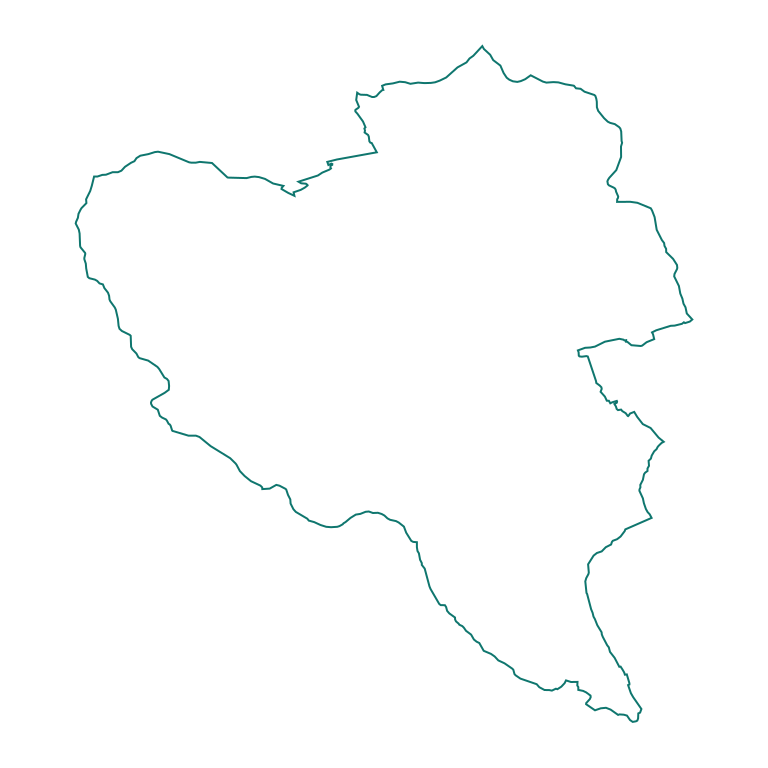 Valcanesti, Prahova, Romania
{"feature_id": "2599482B34913697582269", "entity_name": "Valcanesti", "entity_type": "district", "adm_level": 2, "iso_a3": "ROU", "parent_name": "Romania", "parent_adm1": "Prahova", "projection": "equal_earth", "projection_center": [25.94, 45.128], "detail": "fine", "context": "isolated", "style": "outline", "palette": "teal", "viewbox_px": 768, "rotation_deg": 0, "n_neighbors": 0, "source": "geoboundaries", "source_scale": "gbopen_adm2", "svg_char_len": 6048}
<svg xmlns="http://www.w3.org/2000/svg" viewBox="0 0 768 768"><path d="M640.1,712.6L641.4,709.0L633.2,697.2L630.9,693.2L628.1,685.1L629.4,684.5L629.4,683.2L626.8,674.4L624.9,674.7L624.2,672.5L622.6,669.7L620.6,666.6L619.3,666.8L614.6,657.8L610.0,651.9L608.8,647.3L607.2,645.3L602.8,636.9L601.8,634.4L601.6,632.3L597.3,625.2L594.9,619.1L593.5,616.6L592.6,612.8L591.1,609.2L587.1,593.9L586.5,593.0L585.3,581.4L586.2,578.2L588.4,574.1L588.8,572.6L588.1,564.3L593.6,555.6L596.9,553.0L601.7,551.4L605.8,547.2L611.1,544.5L611.9,542.0L612.8,540.8L617.1,539.2L620.6,536.5L624.7,531.1L625.3,529.4L651.6,517.9L649.7,514.3L647.7,512.2L645.9,509.0L643.9,503.2L642.9,498.4L639.4,490.8L639.5,489.4L640.4,487.4L640.3,484.9L642.9,479.8L644.0,474.3L645.1,472.7L647.5,471.0L647.5,468.5L649.0,465.8L648.6,460.8L650.9,458.6L651.7,455.6L654.2,451.3L656.6,449.1L657.5,447.2L658.6,445.8L661.5,443.0L663.7,441.8L658.6,437.6L650.6,428.0L642.8,424.1L637.2,416.9L634.2,411.9L630.1,413.5L628.7,415.5L628.1,416.1L627.7,415.9L625.7,413.2L622.3,411.1L621.1,409.6L618.0,410.1L616.7,409.0L615.9,406.4L614.4,404.0L616.8,402.7L617.1,401.6L616.8,400.9L612.2,402.3L610.3,403.3L608.9,400.8L606.8,400.7L604.9,396.6L600.6,391.8L601.7,388.9L601.4,387.3L599.8,385.6L596.3,383.0L596.0,381.0L587.8,356.5L586.4,356.1L581.9,356.7L579.5,356.4L578.8,355.7L578.6,352.2L577.9,350.4L585.1,347.8L590.3,347.5L595.0,346.6L604.9,341.7L619.3,338.8L623.6,339.7L624.5,340.5L626.1,340.2L626.0,341.7L627.3,341.8L631.4,345.2L640.8,346.0L642.2,345.6L646.6,342.2L654.2,339.1L653.0,334.2L652.0,332.4L656.2,330.3L670.7,325.8L674.7,325.6L682.0,323.8L683.9,322.3L685.0,323.1L689.8,321.6L692.3,319.5L686.8,313.5L685.5,307.3L683.5,303.7L682.4,298.7L680.3,293.6L678.9,286.0L674.2,276.4L674.5,274.0L677.0,269.1L677.3,267.9L677.0,265.0L673.1,258.9L666.2,252.1L666.1,248.8L664.5,245.9L664.1,243.0L661.9,240.1L656.7,229.8L654.6,217.1L652.1,210.6L650.8,208.3L637.4,202.8L630.2,201.8L617.1,201.9L617.2,199.2L618.0,197.9L618.2,196.5L616.1,191.7L615.7,189.8L615.0,188.5L613.7,187.6L609.0,185.4L607.9,184.2L607.4,181.3L608.0,179.8L609.3,177.8L616.3,170.1L621.1,157.0L621.0,146.5L622.1,142.8L621.6,141.0L621.2,131.5L620.3,128.5L619.1,127.1L614.8,124.1L610.2,122.9L607.8,121.7L604.1,118.2L598.2,110.9L596.9,107.3L596.8,101.7L596.3,98.8L595.4,96.0L594.4,95.0L584.5,91.7L580.6,88.8L576.0,88.3L574.0,85.8L573.3,85.6L565.4,84.3L558.4,82.4L553.4,82.1L546.4,82.6L542.9,81.6L530.7,75.3L525.2,79.2L520.8,81.1L517.3,81.9L512.9,81.3L509.3,79.7L506.7,77.7L503.6,73.0L500.4,65.6L493.2,60.1L490.2,54.8L483.9,49.0L482.3,46.1L473.3,55.8L469.5,58.5L466.5,62.4L457.5,67.4L446.2,77.5L439.8,80.6L435.1,82.3L431.0,82.9L424.4,83.1L418.1,82.6L410.4,83.8L405.2,82.2L399.7,81.7L392.9,83.4L385.6,84.4L382.1,85.8L383.3,89.9L382.4,90.0L379.7,92.4L376.4,96.1L374.1,97.0L372.0,97.0L367.0,94.9L360.8,94.7L359.3,94.2L357.2,92.7L356.2,100.0L359.0,106.8L358.4,107.8L355.5,109.8L355.3,110.3L355.4,111.5L357.4,113.7L363.0,121.5L365.5,127.3L364.4,128.5L365.0,130.6L364.6,132.5L368.1,135.0L368.8,136.6L369.4,141.4L370.4,142.7L371.7,143.0L376.8,152.3L336.9,159.5L327.3,161.9L328.4,165.0L331.4,163.6L332.3,164.0L332.2,164.9L331.1,165.3L330.5,166.2L330.4,167.3L331.0,168.4L329.4,169.6L322.3,172.6L317.9,175.5L298.5,181.7L301.2,183.3L305.9,183.7L307.4,184.8L307.6,185.4L304.8,187.6L300.7,189.9L293.6,192.3L294.4,195.8L288.2,192.9L281.5,189.0L281.7,187.9L283.4,185.9L273.1,183.5L265.0,178.9L259.0,177.1L254.8,176.6L251.4,176.9L246.6,178.1L228.1,177.6L227.4,177.4L212.0,163.0L199.8,161.9L195.6,162.7L191.5,162.7L189.1,162.3L169.4,154.1L158.0,151.7L154.8,152.1L148.4,154.1L140.3,155.7L136.5,158.1L134.4,161.2L131.0,162.8L125.0,166.8L121.4,170.7L117.9,172.2L112.6,172.2L106.0,174.7L102.3,174.9L97.5,176.5L94.1,176.5L91.8,185.8L90.2,191.0L86.1,199.3L86.4,203.1L81.6,208.0L80.7,209.4L78.5,213.8L77.9,217.8L76.1,221.8L75.7,223.5L78.8,229.6L79.6,233.5L80.1,245.9L80.5,247.3L85.1,252.9L85.3,253.9L84.3,258.1L84.4,259.4L85.8,263.6L86.2,268.4L87.8,276.9L89.3,278.2L94.9,279.6L97.2,280.9L99.5,283.4L102.9,284.4L104.4,288.1L108.0,292.7L109.1,295.8L109.5,299.5L110.3,301.3L114.8,307.5L115.8,309.7L117.9,318.8L118.6,325.9L119.5,328.8L121.9,331.0L129.8,334.9L130.7,335.8L131.1,346.8L132.2,349.2L136.4,353.5L138.3,357.1L139.5,358.1L148.2,360.6L157.4,366.9L159.1,368.9L164.4,377.5L166.9,378.9L168.6,381.0L169.1,386.0L168.8,389.8L164.7,392.8L152.5,399.7L151.8,400.5L151.0,402.4L151.1,403.8L152.5,406.5L157.8,409.7L159.8,415.8L162.1,417.6L165.9,419.4L166.9,420.6L168.6,423.8L169.8,424.5L170.6,425.7L172.1,430.4L172.5,430.9L188.6,435.7L196.0,435.7L199.5,437.0L210.6,446.1L230.2,458.2L235.5,463.4L236.5,464.7L239.9,471.1L244.6,476.0L251.0,481.2L260.4,485.6L262.2,487.4L262.3,489.1L269.7,488.6L276.3,484.9L279.5,485.7L285.4,488.8L286.2,489.5L288.0,494.9L290.3,499.4L290.6,503.6L293.4,509.2L295.8,511.9L307.3,518.7L308.8,520.6L314.2,522.1L320.5,525.0L326.2,526.8L331.1,527.2L337.3,526.8L339.5,526.1L342.7,524.3L343.5,523.3L345.5,522.1L350.5,517.9L355.8,514.6L360.3,513.9L365.6,511.8L368.8,511.5L372.9,513.0L377.9,512.8L381.7,514.0L384.4,515.5L387.5,518.4L390.1,519.8L396.0,521.1L398.7,522.5L403.9,526.6L406.2,532.7L411.3,540.9L413.2,541.9L416.9,542.2L416.9,547.2L417.5,551.0L418.9,553.3L420.1,559.8L421.8,563.1L421.8,564.9L424.7,568.6L429.5,586.5L430.6,589.1L439.2,603.9L440.7,605.1L444.9,605.2L446.1,607.0L447.1,610.8L449.3,613.4L455.0,617.5L455.1,619.5L456.0,621.4L458.7,623.7L459.3,624.7L462.3,626.1L463.8,627.6L466.0,630.8L471.1,634.6L473.9,639.5L476.6,641.7L479.3,643.0L483.7,650.8L491.0,653.9L494.7,656.5L498.3,660.4L504.5,663.3L512.2,668.6L513.3,669.7L514.5,674.1L515.6,675.3L520.4,678.6L536.7,684.2L539.3,687.2L544.5,690.0L549.4,690.1L551.9,690.6L555.9,688.7L557.4,689.2L561.3,686.7L564.6,683.2L566.0,680.4L571.0,682.0L577.5,681.9L577.3,685.5L578.3,687.1L578.3,689.9L583.1,690.9L586.2,692.4L590.5,695.6L590.7,697.1L589.9,699.0L586.2,703.1L586.1,704.2L595.0,710.3L600.8,708.3L606.0,707.8L610.6,709.6L618.1,714.9L619.5,714.4L623.8,714.7L627.0,715.6L630.0,720.0L632.7,721.9L636.0,721.3L637.3,720.6L638.1,718.5L638.3,713.4L640.1,712.6Z" fill="none" stroke="#0f766e" stroke-width="2"/></svg>